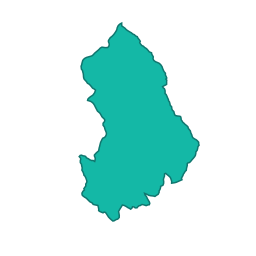 outline of José Bonifácio, São Paulo, Brazil, rotated 119°
{"feature_id": "56859067B42507198027586", "entity_name": "José Bonifácio", "entity_type": "district", "adm_level": 2, "iso_a3": "BRA", "parent_name": "Brazil", "parent_adm1": "São Paulo", "projection": "orthographic", "projection_center": [-49.769, -21.098], "detail": "fine", "context": "isolated", "style": "filled", "palette": "teal", "viewbox_px": 256, "rotation_deg": 119, "n_neighbors": 0, "source": "geoboundaries", "source_scale": "gbopen_adm2", "svg_char_len": 4012}
<svg xmlns="http://www.w3.org/2000/svg" viewBox="0 0 256 256"><g transform="rotate(119 128 128)"><path d="M93.5,199.7L95.1,199.2L96.7,199.0L99.1,197.3L99.7,195.8L100.8,194.8L102.0,193.6L103.4,192.6L104.5,191.9L105.6,191.1L106.6,189.9L107.0,188.6L107.6,186.8L108.5,185.2L108.5,183.4L108.8,182.1L109.5,180.2L110.3,178.3L110.3,176.3L110.6,174.8L113.3,174.3L116.0,174.6L117.6,175.3L118.6,175.9L120.5,176.7L122.2,177.1L123.5,176.7L123.1,175.1L122.8,173.3L123.0,171.5L123.4,170.1L124.3,168.4L125.5,166.7L126.7,164.9L128.0,162.9L128.4,160.9L128.7,159.6L129.5,158.3L130.8,156.2L131.2,155.0L131.4,153.7L132.3,152.1L133.9,151.7L135.9,152.1L137.7,151.1L138.5,149.2L140.0,147.8L140.9,146.8L141.8,145.6L142.9,144.4L144.5,143.7L146.4,143.6L147.9,144.1L149.1,145.1L150.3,145.2L152.0,145.1L153.8,145.0L155.8,144.5L157.5,144.0L159.2,143.6L160.5,143.2L162.2,142.6L164.9,143.6L166.5,144.0L168.0,144.3L169.0,143.6L170.1,142.1L172.2,141.2L173.4,140.9L173.3,142.7L174.1,144.1L174.3,145.9L174.1,147.8L174.2,150.1L173.4,151.2L173.6,152.5L174.1,153.7L174.3,155.5L175.1,156.5L176.7,156.8L177.2,155.1L178.2,154.2L179.7,153.9L181.4,152.9L182.2,151.2L183.6,150.1L185.1,148.7L187.2,147.9L188.4,145.9L189.6,144.5L190.7,143.6L191.0,142.3L192.1,140.7L193.7,138.9L194.9,137.9L196.3,137.7L197.5,137.8L199.2,136.8L200.6,137.0L202.4,137.2L203.4,136.1L205.0,136.7L207.3,136.7L208.8,135.7L209.3,134.3L209.5,132.6L209.6,130.4L210.1,128.7L210.5,127.4L211.0,125.6L210.9,123.2L211.7,121.4L211.2,119.5L210.3,116.8L211.7,115.5L213.1,114.3L214.5,113.6L214.7,112.3L214.5,110.4L214.3,108.7L213.1,108.1L212.8,106.8L213.3,105.6L214.1,104.1L215.3,101.9L216.0,99.6L216.4,97.8L216.7,96.1L215.7,95.0L214.1,94.2L212.6,92.8L210.6,92.3L208.6,93.3L206.6,94.9L205.5,95.8L202.6,95.8L201.1,95.7L199.7,95.6L198.1,95.6L197.6,93.9L197.5,91.6L197.7,89.6L197.6,88.0L197.7,86.3L196.0,85.7L194.7,85.9L194.1,84.4L194.4,83.0L193.4,81.4L192.0,81.2L190.8,80.8L189.9,79.7L188.1,78.7L187.5,76.7L187.1,74.5L185.6,73.3L184.8,72.2L183.4,72.4L182.4,73.4L181.5,74.9L180.6,76.5L178.9,78.8L178.3,80.6L177.1,81.8L176.8,78.9L176.8,77.2L176.2,75.2L175.2,72.9L174.8,71.3L173.1,70.5L171.4,69.5L169.2,69.6L167.9,70.3L166.4,70.2L164.4,70.6L163.2,71.2L161.2,69.7L159.4,69.9L157.7,70.7L156.0,72.0L154.3,72.5L152.6,72.7L150.3,73.8L149.4,73.0L149.8,71.2L150.0,69.9L150.3,68.6L150.7,67.1L151.8,65.7L153.4,64.0L155.1,63.1L153.1,60.5L152.0,59.4L147.1,55.7L146.0,56.9L144.7,56.9L143.0,56.9L141.5,57.2L139.8,57.0L138.2,57.0L136.8,56.5L134.8,57.3L133.2,57.7L131.8,58.1L130.6,58.9L129.4,58.6L128.3,57.4L126.4,56.9L124.6,56.6L122.9,56.2L120.6,55.8L119.2,55.8L117.3,56.4L116.0,57.0L113.9,56.7L112.0,57.2L110.4,57.8L108.6,57.5L107.6,58.5L106.2,59.3L105.5,61.3L105.2,63.0L105.3,64.5L105.0,66.7L104.3,67.7L103.0,69.0L101.8,70.7L100.3,72.1L99.7,73.6L99.1,75.0L97.9,76.2L97.4,78.0L97.2,79.7L96.7,81.2L96.4,82.9L95.7,84.0L95.0,85.5L93.5,86.5L92.5,87.6L92.8,88.9L93.5,90.5L94.0,92.1L93.9,93.4L92.7,94.7L91.4,95.9L90.8,98.0L89.8,99.1L88.3,100.1L87.6,102.1L86.3,103.2L85.1,104.4L84.5,105.7L83.4,106.6L82.6,107.8L81.3,109.4L80.2,110.9L79.9,112.3L78.5,113.0L77.1,113.9L76.0,115.2L75.8,116.6L75.1,117.8L73.3,116.8L72.2,116.0L71.1,115.4L69.8,116.1L68.6,116.8L67.3,117.3L66.9,118.6L65.5,118.3L64.4,119.7L63.5,121.0L62.0,121.8L61.2,123.8L60.3,125.1L59.2,126.5L57.9,127.9L56.8,130.0L56.3,131.9L56.4,133.7L56.7,136.1L56.4,138.2L55.3,139.7L53.5,140.4L52.8,141.5L52.0,142.9L50.8,143.9L51.1,146.3L50.3,148.3L49.6,150.3L49.5,152.6L49.0,154.1L49.2,155.8L48.4,157.9L47.6,159.2L46.2,159.3L45.4,160.8L44.6,162.8L43.6,164.2L43.8,165.9L43.3,167.7L43.5,169.4L43.1,171.2L43.1,173.3L43.0,175.5L42.8,177.3L42.2,178.9L41.7,183.0L39.3,184.4L40.8,185.4L42.4,186.0L43.5,186.2L45.8,186.0L47.2,185.5L48.9,185.4L50.7,185.5L53.3,185.8L55.8,186.5L57.5,187.3L59.1,187.4L60.9,187.5L62.1,186.9L63.1,185.6L64.4,184.7L66.0,184.4L67.5,184.8L68.8,187.0L69.9,190.0L71.5,191.0L73.2,191.4L74.4,191.8L78.6,193.4L81.1,194.0L82.5,194.6L84.4,196.5L86.4,198.5L88.2,199.7L89.8,200.2L91.0,200.3L93.5,199.7Z" fill="#14b8a6" stroke="#0f766e" stroke-width="1.5"/></g></svg>